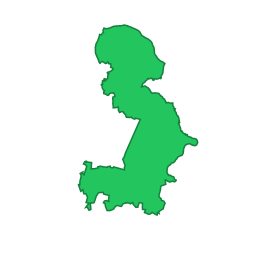 Guaranda, Sucre, Colombia, rotated 298°
{"feature_id": "7082276B46316322938304", "entity_name": "Guaranda", "entity_type": "district", "adm_level": 2, "iso_a3": "COL", "parent_name": "Colombia", "parent_adm1": "Sucre", "projection": "albers", "projection_center": [-74.667, 8.394], "detail": "fine", "context": "isolated", "style": "filled", "palette": "green", "viewbox_px": 256, "rotation_deg": 298, "n_neighbors": 0, "source": "geoboundaries", "source_scale": "gbopen_adm2", "svg_char_len": 5908}
<svg xmlns="http://www.w3.org/2000/svg" viewBox="0 0 256 256"><g transform="rotate(298 128 128)"><path d="M197.3,59.0L195.4,59.6L190.9,60.3L187.1,60.3L185.9,60.8L184.2,61.1L182.6,62.1L181.0,62.9L179.2,63.9L177.8,65.3L177.6,66.1L177.1,66.2L174.9,69.1L172.7,71.4L171.9,72.8L172.1,73.0L173.4,73.2L174.4,73.8L174.7,74.5L174.4,77.8L174.7,78.4L175.4,78.8L176.9,79.2L176.7,79.9L175.8,80.6L175.7,81.3L176.3,81.7L176.4,83.5L176.3,83.3L175.8,83.1L175.2,83.6L173.5,84.1L173.4,84.5L173.7,86.2L173.5,86.9L173.3,87.1L172.4,87.0L170.4,86.4L167.9,84.3L167.0,85.4L166.4,85.7L166.3,85.4L167.5,83.9L167.1,83.7L166.9,83.9L167.0,84.2L166.8,84.6L166.1,85.3L164.8,85.5L162.5,86.6L161.4,86.5L160.7,85.6L160.2,85.7L160.5,85.1L159.6,85.1L160.3,83.9L160.0,83.8L160.0,84.2L159.1,84.3L159.3,84.6L159.2,85.2L159.3,85.4L159.3,85.8L158.4,85.3L157.7,83.4L156.9,83.9L155.9,83.9L154.9,85.1L154.7,85.0L153.9,84.0L153.5,84.1L153.0,85.4L151.6,86.2L150.8,87.1L150.0,88.7L149.9,89.8L148.5,89.6L147.0,90.4L147.5,92.9L147.2,94.0L147.4,95.0L148.7,95.7L149.5,95.4L149.9,95.6L151.0,96.8L151.5,97.9L152.2,98.4L152.3,98.9L150.1,101.6L149.3,101.5L148.4,100.2L147.7,100.3L146.4,100.9L144.9,102.1L142.5,103.1L140.1,104.9L138.9,105.4L140.1,107.6L141.9,109.5L140.3,110.7L139.4,110.9L137.7,113.2L138.6,114.0L139.3,114.4L140.0,116.1L139.9,117.0L139.3,117.1L138.5,119.7L137.3,120.8L137.1,121.6L136.8,121.7L138.2,124.9L139.2,125.6L138.8,126.6L138.7,128.2L139.0,129.9L140.1,129.9L141.4,134.8L104.5,137.5L100.9,138.2L98.0,138.0L93.4,143.1L91.2,143.4L89.4,144.5L86.9,133.5L86.2,133.7L85.9,133.5L85.1,132.1L85.1,130.9L86.0,130.3L84.4,128.3L83.8,128.3L83.2,127.2L82.4,125.2L81.2,121.2L79.5,119.6L78.9,120.4L78.5,120.1L76.3,117.5L74.9,114.9L74.6,114.7L80.4,112.1L78.7,107.7L79.2,107.1L79.1,106.6L78.2,106.9L77.9,105.6L75.3,105.6L75.5,106.7L75.4,108.2L74.7,109.6L66.1,111.1L66.5,109.3L68.0,108.8L65.4,107.1L64.2,108.8L63.4,109.3L58.6,110.5L55.2,112.1L54.8,110.9L54.4,111.2L49.9,116.0L50.9,116.6L51.1,116.5L52.4,117.1L49.1,119.9L50.2,121.7L47.7,124.9L42.5,126.0L43.1,128.7L42.1,128.9L40.8,128.3L38.1,128.0L39.1,128.9L37.1,132.2L38.6,133.5L44.1,130.0L44.3,130.7L44.8,131.1L45.2,132.1L45.8,132.9L46.5,133.1L52.8,132.0L57.0,132.3L59.5,136.3L58.2,137.7L59.6,142.9L57.4,143.8L56.1,144.2L54.1,145.5L53.8,142.9L52.4,141.4L50.4,141.4L50.5,143.1L48.1,145.0L45.3,148.3L46.4,150.6L48.8,152.8L50.0,153.5L51.3,153.4L52.2,153.6L53.7,154.2L54.5,154.9L55.0,156.2L55.3,158.3L55.7,158.9L56.3,159.1L57.9,159.1L58.9,159.4L60.9,161.3L61.1,161.5L60.8,161.5L61.5,162.5L62.2,164.1L62.1,165.7L64.4,167.1L64.0,167.7L63.3,168.0L61.6,172.1L62.7,173.9L63.4,173.6L67.5,173.0L68.3,176.2L64.9,177.8L62.9,179.1L64.2,181.8L63.2,182.0L61.4,182.0L61.0,182.4L61.3,183.0L61.4,186.1L62.0,187.4L62.8,188.2L64.1,188.8L64.8,188.9L64.6,193.8L64.9,194.6L67.1,193.7L67.1,195.6L68.4,194.4L71.8,196.1L73.0,197.0L76.8,196.2L78.9,196.1L79.2,195.8L80.2,194.0L80.2,193.3L79.8,191.7L80.1,191.6L80.2,191.0L81.1,190.5L81.7,188.1L82.7,187.1L84.6,186.5L86.0,186.3L88.9,185.6L90.4,184.8L92.4,184.4L96.0,187.8L100.1,184.9L99.8,185.4L99.9,186.4L99.6,187.8L99.9,188.7L99.7,189.7L99.8,190.2L102.0,192.3L102.1,193.9L102.8,194.7L103.2,195.0L104.4,195.1L104.7,194.9L104.5,194.2L104.7,192.9L105.2,192.3L105.6,192.2L106.2,191.6L106.1,189.9L105.8,189.3L106.2,187.7L105.7,186.5L105.2,186.1L105.9,185.2L105.9,184.7L107.3,183.1L109.5,182.2L110.4,181.6L112.8,181.4L114.3,181.9L115.2,182.6L117.2,182.9L117.8,183.3L118.7,184.4L119.3,184.7L121.0,185.1L122.8,185.1L123.6,185.6L124.9,185.5L126.0,185.8L127.6,187.0L128.3,187.2L128.5,187.8L128.9,188.0L129.0,188.3L129.9,188.6L131.9,188.5L132.5,188.1L133.0,188.1L133.2,187.7L134.6,187.5L135.5,186.9L139.4,186.6L141.1,187.6L141.9,188.3L143.2,190.0L143.0,192.8L143.5,193.8L143.5,194.8L144.3,196.0L145.5,196.5L147.8,196.4L149.3,195.1L150.1,193.9L150.2,193.0L150.0,192.1L149.5,190.9L149.1,189.2L149.4,187.8L149.0,186.4L148.8,185.0L149.4,183.7L149.9,183.6L150.0,183.3L149.5,182.6L149.0,182.2L149.4,182.0L149.8,181.4L149.8,181.2L149.4,181.1L149.3,180.8L149.3,180.1L149.5,179.0L149.9,178.4L149.9,177.7L150.3,177.5L150.2,177.1L150.5,177.1L150.3,176.7L150.5,176.3L150.4,175.8L151.8,175.0L153.2,173.8L153.8,172.6L154.7,172.2L154.8,171.9L155.2,171.3L155.7,170.4L156.2,170.8L156.5,170.4L156.6,170.7L157.1,171.0L157.4,170.4L157.9,170.2L158.0,169.7L158.8,169.7L158.8,169.4L159.3,169.2L160.1,168.4L160.6,168.3L162.1,166.4L162.2,165.0L162.9,164.5L163.3,163.9L163.9,163.7L164.0,163.3L165.1,161.8L165.3,161.4L165.2,160.9L165.6,160.2L165.9,160.1L166.4,160.8L167.1,160.8L167.1,159.5L167.9,158.8L168.5,157.5L169.4,156.9L170.0,156.1L170.8,156.1L171.1,155.9L171.1,155.5L170.4,154.9L169.6,153.2L169.5,151.5L168.7,150.8L168.2,149.7L168.9,149.3L169.0,148.8L170.5,146.9L170.7,146.2L170.5,145.3L171.7,143.7L171.8,142.6L171.6,142.0L172.1,141.5L172.2,140.3L172.8,139.6L173.0,138.9L171.5,134.9L169.9,133.1L170.5,132.3L170.5,131.3L171.2,130.4L171.6,129.2L172.1,129.2L172.3,128.9L172.4,128.2L173.0,126.7L172.8,124.9L173.2,123.9L172.9,122.9L171.3,121.6L170.8,120.5L172.1,120.7L173.0,120.4L174.8,120.3L176.0,121.3L178.0,121.5L178.9,122.1L180.6,122.2L181.3,122.5L181.0,123.4L183.1,125.3L183.2,125.6L183.1,126.0L182.1,127.0L182.0,127.3L182.1,127.8L182.4,128.4L182.7,128.5L183.3,127.9L183.7,128.0L184.2,128.8L184.4,130.0L185.6,131.5L187.3,132.9L187.3,133.3L187.1,133.8L187.9,133.8L188.6,132.9L192.6,133.0L193.1,132.6L193.5,132.7L199.0,130.5L202.2,130.3L202.2,129.4L202.4,129.3L202.6,127.6L202.4,125.4L202.6,124.3L203.3,121.7L204.8,119.1L205.4,117.5L206.2,116.5L210.5,113.7L211.3,113.0L212.6,111.0L214.6,109.0L215.2,107.7L216.0,104.2L215.9,100.0L216.1,98.9L216.1,96.7L218.4,93.3L218.4,92.5L218.8,91.8L218.9,90.8L218.8,87.1L218.5,85.4L218.5,83.5L217.8,79.9L218.1,79.8L217.3,76.8L217.3,76.5L214.9,73.8L214.5,72.7L213.4,71.4L212.7,69.8L211.2,68.1L211.1,67.6L207.1,64.4L207.0,64.0L206.1,63.3L205.0,61.0L205.0,59.9L202.3,60.1L200.8,61.5L199.8,60.8L198.0,60.8L197.7,60.5L197.3,59.0Z" fill="#22c55e" stroke="#15803d" stroke-width="1.5"/></g></svg>